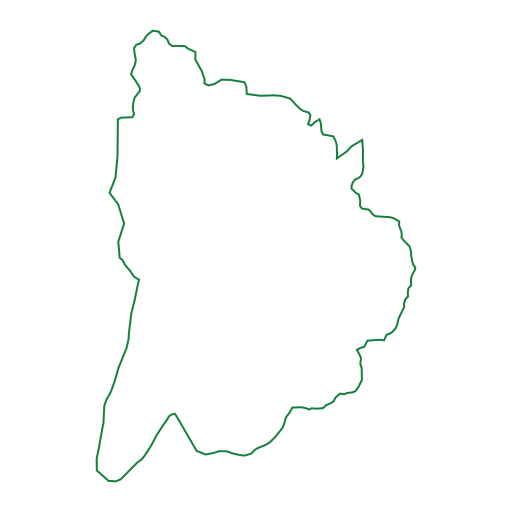 the district of Queimada Nova, Piauí, Brazil
{"feature_id": "56859067B87224566321312", "entity_name": "Queimada Nova", "entity_type": "district", "adm_level": 2, "iso_a3": "BRA", "parent_name": "Brazil", "parent_adm1": "Piauí", "projection": "natural_earth1", "projection_center": [-41.328, -8.508], "detail": "fine", "context": "isolated", "style": "outline", "palette": "green", "viewbox_px": 512, "rotation_deg": 0, "n_neighbors": 0, "source": "geoboundaries", "source_scale": "gbopen_adm2", "svg_char_len": 3016}
<svg xmlns="http://www.w3.org/2000/svg" viewBox="0 0 512 512"><path d="M362.2,139.9L357.4,142.8L351.4,146.4L347.2,151.1L336.9,158.4L337.1,155.1L336.9,150.7L336.8,146.0L336.0,142.0L333.4,136.4L326.3,135.0L323.1,134.5L321.4,131.0L321.0,123.9L319.5,119.3L314.9,122.1L311.4,125.5L308.1,124.2L309.4,120.4L310.4,115.3L308.9,112.6L303.4,111.0L299.9,108.8L296.2,105.1L292.8,101.4L290.2,98.6L286.7,97.5L280.5,95.8L274.0,95.3L268.7,95.5L260.4,95.8L246.8,94.0L246.3,86.5L244.4,82.2L230.3,79.9L221.4,79.7L214.2,84.1L208.4,85.4L204.4,83.4L204.6,79.3L201.7,71.0L195.3,59.5L195.5,52.1L188.3,48.8L185.0,46.1L181.9,46.1L178.2,45.9L172.3,46.1L169.0,43.5L167.3,39.3L164.1,36.6L161.5,35.7L158.9,31.7L156.0,31.1L152.8,30.7L148.1,34.2L145.7,36.9L144.2,39.6L142.4,41.5L139.6,43.8L136.5,44.5L134.0,48.2L134.6,53.8L135.4,57.5L135.8,60.7L134.4,66.2L132.3,70.3L131.1,74.2L138.4,85.1L140.0,88.4L139.5,91.5L136.6,95.1L134.6,97.7L133.5,101.8L133.0,105.1L132.9,109.6L134.1,114.3L132.4,117.2L125.5,117.5L121.5,117.6L117.9,119.2L117.5,156.1L115.5,177.6L109.5,192.8L118.2,204.4L124.1,223.5L118.3,241.7L119.7,257.9L122.0,259.4L123.7,262.2L125.1,265.0L127.5,267.9L129.8,270.4L131.8,273.5L133.8,276.3L136.7,278.4L139.0,279.5L137.4,286.5L134.7,300.1L131.3,313.3L130.1,323.4L128.9,333.4L128.6,339.0L126.4,348.6L124.2,353.7L122.3,358.4L118.3,368.5L115.0,380.3L110.7,392.2L106.4,399.8L104.3,405.8L103.4,423.9L102.6,426.9L98.9,447.8L96.7,458.5L96.8,470.5L108.6,480.9L115.9,481.3L120.6,479.4L137.1,462.7L142.2,458.9L144.7,455.6L146.6,452.7L150.7,446.3L153.3,441.6L156.4,435.5L159.1,431.4L163.2,425.0L167.0,419.8L169.0,416.4L171.2,414.6L175.0,413.8L180.2,422.5L186.0,432.6L191.4,441.9L194.7,447.5L196.6,450.9L202.4,453.2L205.6,454.5L213.4,453.0L219.0,451.2L226.7,451.3L232.7,453.4L237.7,454.6L243.7,455.6L246.2,455.2L251.5,453.4L254.6,450.1L257.1,448.4L264.2,445.5L267.3,444.0L270.2,442.0L275.4,436.8L282.2,428.2L284.2,423.9L285.9,417.4L289.6,412.6L292.3,407.6L301.3,407.2L306.2,408.3L309.0,409.5L311.8,408.3L316.8,408.7L323.0,408.1L326.2,405.2L331.2,403.0L333.9,401.1L335.2,398.0L339.8,393.7L344.4,394.2L346.8,393.1L349.3,392.7L352.3,392.5L355.4,391.1L358.7,386.6L361.9,379.9L361.7,368.2L360.3,363.8L361.0,358.0L359.0,353.7L356.9,349.9L360.2,348.0L364.3,346.8L367.5,340.6L380.0,339.8L384.0,340.3L386.6,334.8L391.1,333.0L393.8,330.5L395.8,327.9L397.0,325.1L398.7,318.3L404.2,306.9L403.9,303.9L405.4,299.1L408.0,296.6L407.8,292.4L408.4,288.3L411.2,285.1L411.0,280.9L411.2,277.4L413.0,273.2L414.7,270.4L415.3,267.5L413.3,264.9L412.3,261.5L411.7,258.3L411.2,255.6L410.9,251.2L409.4,246.3L403.5,240.2L401.5,237.5L401.7,234.0L401.3,231.2L400.2,228.6L399.0,225.3L399.3,221.6L394.2,218.5L391.7,217.6L389.0,217.1L383.7,216.8L379.7,216.5L375.4,216.2L372.3,214.0L370.6,211.4L368.6,209.6L366.1,209.2L362.0,208.6L360.0,206.0L360.2,200.5L358.9,194.6L355.8,192.8L351.5,188.6L351.6,185.8L352.7,182.8L354.9,179.6L357.2,178.7L360.1,176.9L362.1,174.0L363.5,167.1L362.9,160.7L362.9,155.4L363.0,150.1L362.5,144.0L362.2,139.9Z" fill="none" stroke="#15803d" stroke-width="2"/></svg>